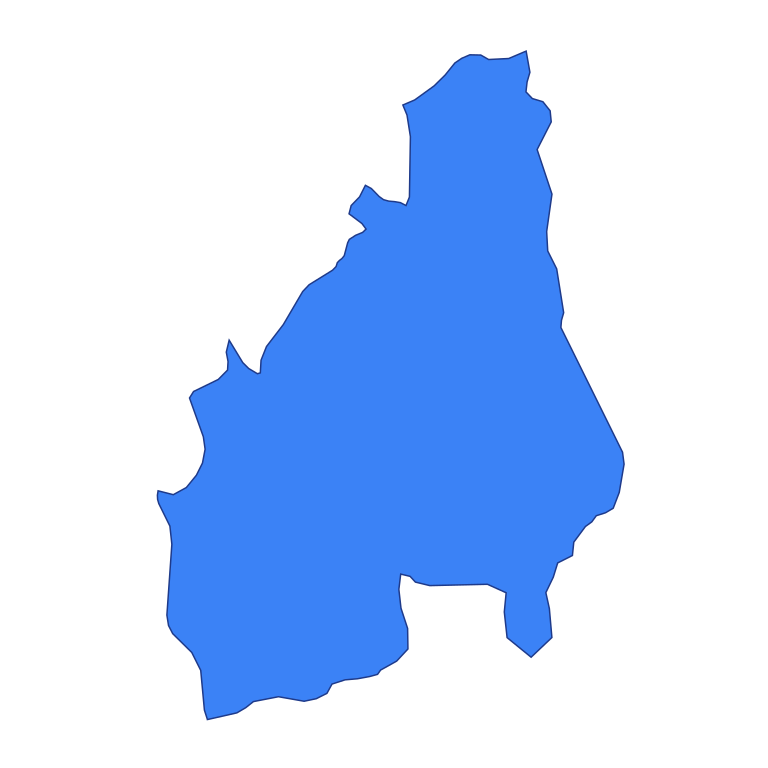 Samtskhe-Javakheti, Mercator projection, rotated 86°
{"feature_id": "GEO-3038", "entity_name": "Samtskhe-Javakheti", "entity_type": "Region", "adm_level": 1, "iso_a3": "GEO", "parent_name": "Georgia", "parent_adm1": "", "projection": "mercator", "projection_center": [43.25, 41.511], "detail": "fine", "context": "isolated", "style": "filled", "palette": "blue", "viewbox_px": 768, "rotation_deg": 86, "n_neighbors": 0, "source": "natural_earth", "source_scale": "10m", "svg_char_len": 1766}
<svg xmlns="http://www.w3.org/2000/svg" viewBox="0 0 768 768"><g transform="rotate(86 384 384)"><path d="M211.8,407.0L203.7,404.3L195.6,395.3L184.5,388.7L188.1,383.0L196.6,375.8L200.1,371.6L201.9,366.5L202.8,360.8L204.2,355.0L207.5,349.6L199.3,345.6L139.1,340.4L117.3,342.3L108.9,345.1L107.0,345.7L102.8,333.6L90.1,313.2L80.0,301.4L68.7,290.9L64.5,283.7L61.6,275.4L62.6,264.5L67.6,257.0L68.0,236.9L63.8,224.7L61.8,219.0L83.2,216.7L92.7,220.2L102.5,222.0L109.6,216.1L113.5,205.8L123.1,199.2L134.2,198.9L160.8,214.9L206.3,203.2L243.3,211.1L262.7,211.4L281.2,203.7L325.4,199.8L332.8,202.5L340.0,203.6L468.7,150.8L480.7,150.1L508.6,156.9L523.9,164.0L527.9,172.0L530.2,181.4L536.0,186.3L540.2,193.0L555.0,205.7L568.2,208.0L574.6,223.2L588.5,228.6L603.4,237.1L619.6,234.7L648.6,234.2L666.8,256.3L645.6,278.9L619.8,279.9L600.8,276.7L591.0,294.8L588.3,352.4L583.8,366.5L577.7,371.4L574.8,380.6L589.9,383.5L608.8,382.7L629.5,377.5L650.0,378.6L661.3,390.7L669.1,407.3L673.2,410.7L674.8,418.6L676.2,431.0L676.4,443.5L679.7,456.8L688.6,462.5L693.2,473.5L694.9,485.8L688.6,511.1L691.7,536.4L697.3,544.6L701.8,553.7L706.4,583.4L706.4,583.6L706.2,583.6L696.8,585.9L656.9,586.8L638.4,594.5L618.3,612.2L609.9,615.8L599.4,616.7L529.1,606.8L510.8,607.5L487.6,617.0L483.3,617.9L479.1,617.8L474.8,616.8L479.7,601.9L473.5,588.4L461.9,577.5L450.2,570.6L436.6,567.0L424.0,567.9L384.4,579.0L378.2,574.5L367.9,549.0L359.2,539.1L350.7,538.0L341.2,539.1L329.5,535.4L352.8,523.4L359.1,517.9L364.9,509.6L364.3,506.6L351.7,505.0L338.4,498.6L317.7,480.3L286.0,458.6L279.7,451.7L266.9,427.4L263.5,423.6L259.7,422.1L257.6,419.8L255.9,417.2L253.2,414.7L240.6,410.4L237.3,408.5L233.7,402.0L231.3,394.8L228.2,391.1L222.4,394.8L211.8,407.0Z" fill="#3b82f6" stroke="#1e3a8a" stroke-width="1.5"/></g></svg>